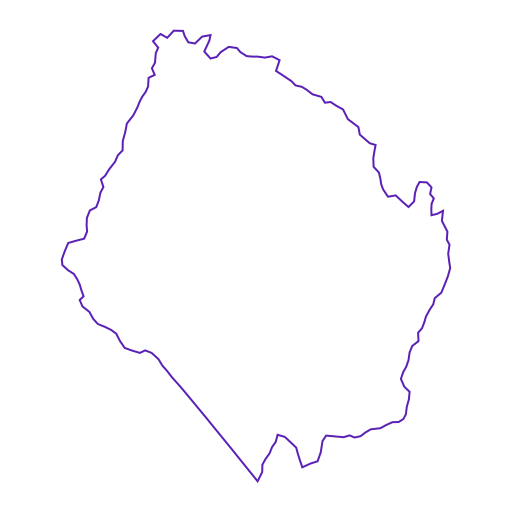 the district of Rinópolis, São Paulo, Brazil
{"feature_id": "56859067B4040247009846", "entity_name": "Rinópolis", "entity_type": "district", "adm_level": 2, "iso_a3": "BRA", "parent_name": "Brazil", "parent_adm1": "São Paulo", "projection": "albers", "projection_center": [-50.712, -21.682], "detail": "fine", "context": "isolated", "style": "outline", "palette": "violet", "viewbox_px": 512, "rotation_deg": 0, "n_neighbors": 0, "source": "geoboundaries", "source_scale": "gbopen_adm2", "svg_char_len": 2331}
<svg xmlns="http://www.w3.org/2000/svg" viewBox="0 0 512 512"><path d="M443.0,210.8L437.1,213.9L431.5,215.2L431.3,209.2L431.6,203.8L433.8,198.4L430.1,194.0L431.5,187.4L426.9,182.4L419.6,182.0L416.9,186.8L415.0,193.1L414.1,201.4L408.5,207.0L402.4,201.7L395.7,195.4L388.0,196.7L383.1,189.4L381.2,184.3L380.3,178.2L378.9,172.5L373.6,166.8L373.3,158.2L374.5,150.7L375.6,145.0L369.7,143.2L364.5,138.7L359.8,134.6L358.4,127.1L347.8,119.1L343.1,109.5L336.4,105.8L330.6,102.0L324.9,102.7L321.4,96.9L312.5,94.3L306.7,89.8L301.8,86.8L295.5,85.4L291.5,81.2L282.1,74.9L276.0,70.9L279.6,60.2L272.1,56.3L264.9,57.6L257.4,56.6L252.1,56.6L246.6,56.1L240.4,52.1L236.9,48.0L228.7,46.9L220.7,52.1L216.6,57.0L210.5,58.5L204.3,51.5L209.4,40.5L210.5,35.1L202.1,36.6L195.0,43.5L188.3,42.3L184.7,36.1L183.0,30.9L173.8,30.7L167.2,37.8L160.5,34.0L153.0,41.2L158.2,47.7L155.8,53.1L155.0,62.7L151.9,68.3L154.7,74.9L148.6,77.8L148.1,86.5L145.5,92.2L142.2,96.7L139.5,102.0L137.5,107.1L133.4,115.2L126.9,123.5L125.1,132.7L122.8,140.9L122.6,150.4L117.9,155.2L115.1,161.7L109.0,169.5L105.1,175.8L100.9,179.4L103.4,187.1L100.4,192.7L98.8,200.5L96.2,207.2L89.9,210.4L86.9,217.9L86.6,225.3L87.1,231.6L84.1,238.7L75.8,240.8L68.2,243.0L64.6,251.6L61.8,259.4L62.4,265.1L68.3,270.4L73.8,273.9L77.1,279.0L79.7,284.5L81.5,290.6L83.6,296.3L79.7,300.0L82.5,306.5L89.4,311.9L93.3,319.0L98.0,324.1L105.2,327.0L110.9,329.8L116.2,333.6L119.9,340.9L124.7,347.9L131.5,350.4L139.9,352.9L145.2,350.4L151.6,352.9L158.5,359.2L162.3,365.5L167.3,371.2L171.8,377.1L181.7,388.2L207.2,419.0L212.2,425.2L230.5,447.6L257.6,481.3L262.2,472.0L262.4,464.7L265.4,459.2L269.6,453.3L272.1,447.0L275.7,442.0L277.6,434.8L284.8,436.9L290.3,442.0L296.2,447.6L297.8,453.6L299.8,459.9L302.3,467.3L310.9,463.4L317.6,461.3L320.8,452.1L322.5,441.1L326.1,435.6L343.6,437.2L349.6,435.4L354.6,437.5L360.5,436.2L365.4,432.5L370.8,429.3L380.4,428.2L386.0,425.1L392.4,422.2L398.7,422.0L403.4,419.0L405.9,414.2L406.8,406.8L408.9,399.3L409.6,391.8L404.3,386.7L400.9,379.0L403.2,372.1L406.2,366.8L408.5,360.2L409.6,352.4L412.3,345.9L418.5,341.1L418.1,332.7L422.0,328.3L424.3,322.3L425.9,316.7L429.6,309.8L433.2,304.4L434.8,298.1L441.3,292.7L444.7,284.5L447.9,276.3L450.2,268.0L449.3,262.3L448.2,253.7L449.5,244.7L446.8,239.7L447.4,231.6L441.9,220.9L443.0,210.8Z" fill="none" stroke="#5b21b6" stroke-width="2"/></svg>